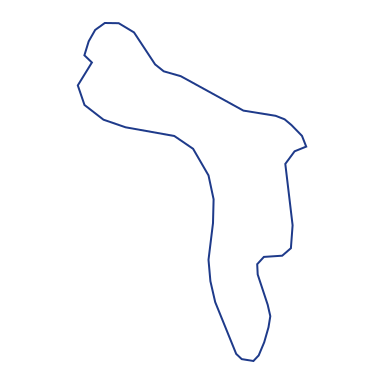 Bonaire, Natural Earth projection
{"feature_id": "NLD-5149", "entity_name": "Bonaire", "entity_type": "Special Municipality", "adm_level": 1, "iso_a3": "NLD", "parent_name": "Netherlands", "parent_adm1": "", "projection": "natural_earth1", "projection_center": [-68.284, 12.166], "detail": "fine", "context": "isolated", "style": "outline", "palette": "blue", "viewbox_px": 384, "rotation_deg": 0, "n_neighbors": 0, "source": "natural_earth", "source_scale": "10m", "svg_char_len": 650}
<svg xmlns="http://www.w3.org/2000/svg" viewBox="0 0 384 384"><path d="M284.6,119.3L291.5,125.1L302.0,135.9L306.2,146.6L294.6,151.3L285.3,163.9L292.6,225.3L290.9,248.2L282.2,255.7L263.9,256.9L257.2,264.2L257.7,274.5L267.7,304.8L270.3,316.2L268.5,327.3L264.2,342.3L258.7,355.4L253.4,361.0L241.7,359.1L236.2,353.9L215.2,302.1L210.4,281.2L208.5,259.8L213.0,223.1L213.6,199.3L208.5,175.4L193.1,148.8L174.3,136.0L125.6,127.3L103.5,119.7L84.5,105.0L77.8,85.4L91.9,62.5L84.4,55.3L88.7,41.3L95.2,29.9L104.8,23.0L118.7,23.2L134.0,32.4L155.1,64.4L163.7,71.3L180.8,76.2L243.4,110.6L275.6,115.8L284.6,119.3Z" fill="none" stroke="#1e3a8a" stroke-width="2"/></svg>